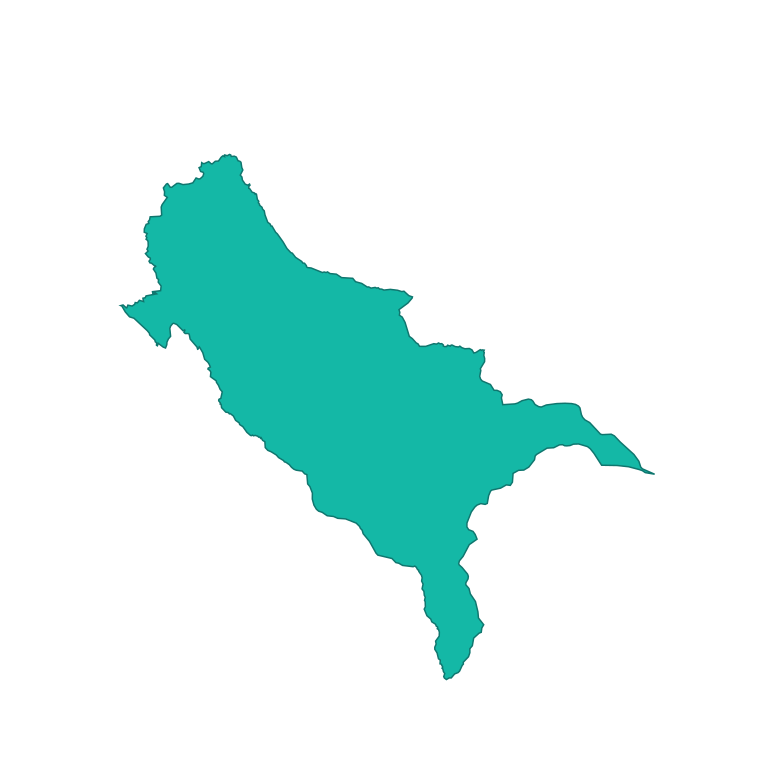 outline of Duitama, Boyacá, Colombia, rotated 148°
{"feature_id": "7082276B48386151421369", "entity_name": "Duitama", "entity_type": "district", "adm_level": 2, "iso_a3": "COL", "parent_name": "Colombia", "parent_adm1": "Boyacá", "projection": "robinson", "projection_center": [-73.056, 5.897], "detail": "fine", "context": "isolated", "style": "filled", "palette": "teal", "viewbox_px": 768, "rotation_deg": 148, "n_neighbors": 0, "source": "geoboundaries", "source_scale": "gbopen_adm2", "svg_char_len": 6170}
<svg xmlns="http://www.w3.org/2000/svg" viewBox="0 0 768 768"><g transform="rotate(148 384 384)"><path d="M488.4,104.2L488.6,102.7L487.7,100.3L484.4,100.2L482.7,99.1L477.8,100.7L474.1,100.0L472.0,100.5L466.8,103.9L465.1,104.4L464.3,106.0L456.9,107.9L453.6,110.6L451.5,114.0L447.8,115.2L442.6,121.0L435.4,122.3L433.1,121.9L430.3,125.3L427.0,127.0L427.9,135.5L425.1,141.0L421.7,151.1L422.0,160.2L420.3,165.5L421.0,170.3L420.0,172.0L416.0,174.2L414.4,176.2L413.9,178.5L415.0,186.9L416.1,190.8L415.8,192.2L413.7,194.1L408.3,195.9L396.8,202.6L387.3,203.1L386.4,208.1L386.6,211.8L389.4,215.6L389.4,218.9L387.3,222.2L377.8,229.2L372.2,231.5L369.2,232.0L365.3,231.3L362.0,228.3L359.7,228.0L354.4,233.9L350.4,236.7L348.7,236.9L340.3,233.9L333.7,233.6L330.6,231.1L327.1,232.7L321.9,239.8L315.7,239.5L311.0,236.9L305.2,236.8L296.5,240.0L294.0,242.8L292.0,243.4L279.7,243.2L273.8,240.0L267.4,239.4L264.7,237.9L263.5,235.9L261.8,234.7L258.8,233.2L255.2,232.6L250.7,230.0L244.6,223.1L243.4,219.9L242.7,214.0L242.5,199.8L229.4,191.3L220.4,184.2L212.8,176.1L210.8,173.6L209.4,170.4L202.3,164.1L209.8,175.1L210.3,177.5L208.8,183.4L209.4,191.8L214.4,209.6L216.1,217.9L217.9,221.0L225.6,225.3L227.0,226.7L230.0,242.2L232.6,247.1L233.2,250.4L232.8,253.5L230.5,259.9L230.8,262.3L232.4,265.2L235.3,268.0L240.8,271.8L247.8,275.8L257.5,280.2L262.8,281.1L264.8,282.8L266.8,286.6L266.8,290.6L267.4,292.6L269.6,294.7L275.8,296.7L280.8,297.0L283.6,297.8L294.2,303.5L291.8,310.0L289.5,312.2L289.5,315.8L291.5,318.7L294.0,320.3L294.0,327.2L299.1,334.5L299.5,336.9L298.8,339.8L294.8,344.1L294.2,345.9L286.9,349.6L285.1,352.3L284.2,355.4L282.3,357.6L282.4,358.7L281.1,359.6L282.8,361.0L283.6,360.9L284.2,362.1L289.3,362.0L291.4,362.7L291.3,366.3L292.8,368.9L296.7,371.0L298.7,373.5L299.6,375.9L301.2,375.9L303.8,378.0L305.5,380.8L306.4,381.4L307.7,381.0L309.5,383.2L311.0,382.6L312.9,383.7L313.6,384.8L313.0,385.6L313.6,387.6L315.1,388.4L316.0,389.9L318.3,390.0L320.4,391.8L328.7,393.8L333.9,397.1L333.9,400.1L334.9,401.7L335.9,407.4L337.3,411.0L333.5,425.1L333.1,431.1L334.5,434.2L332.6,436.4L331.9,439.1L320.7,440.0L314.7,441.9L313.7,442.8L316.1,445.7L317.9,452.1L320.0,453.0L322.8,456.3L328.5,460.9L334.3,463.7L335.6,465.6L337.4,466.9L337.9,468.7L339.3,469.1L340.3,470.6L344.2,472.2L345.5,474.4L346.8,475.1L349.6,481.1L353.9,485.8L354.5,490.2L363.6,496.7L366.2,502.4L371.3,506.3L372.5,509.0L374.0,509.2L375.4,510.7L377.2,511.2L384.3,521.0L387.1,523.2L387.6,524.4L387.1,525.5L387.4,528.5L388.8,529.7L388.8,531.5L391.9,538.3L392.4,543.5L393.4,544.8L394.5,550.3L394.3,558.1L394.9,567.9L395.5,570.0L395.3,577.3L396.1,577.8L395.8,580.1L396.9,582.7L395.3,590.5L393.8,594.3L394.3,596.7L393.8,598.5L394.8,601.5L394.3,602.4L394.5,604.3L393.4,605.3L393.6,607.6L391.6,612.5L391.9,613.4L392.7,613.3L392.8,615.0L394.2,616.5L394.4,621.0L395.0,621.6L394.0,623.2L392.3,623.6L392.1,624.8L394.1,624.8L395.8,627.0L396.0,632.0L394.8,634.8L395.2,637.3L390.3,640.3L389.9,642.9L387.8,647.8L388.2,649.2L389.5,650.8L389.0,654.7L390.2,656.5L393.0,657.9L392.6,659.4L393.3,660.5L396.0,660.7L397.7,662.7L398.3,662.6L398.7,661.3L399.9,662.9L402.0,662.6L406.2,660.8L409.1,662.3L412.9,661.7L413.9,662.4L414.8,665.5L419.1,666.0L420.6,666.8L421.3,668.3L423.8,665.2L426.2,665.5L426.9,661.4L425.2,659.4L425.4,657.9L427.6,656.1L431.1,655.5L432.4,655.9L434.2,658.3L439.5,655.9L443.7,657.1L448.8,659.6L451.6,662.9L453.4,663.9L459.8,663.3L461.0,664.1L461.3,668.6L462.5,668.9L467.2,667.2L468.2,663.3L470.3,660.4L468.9,657.1L477.1,653.7L479.2,652.1L483.0,645.1L485.0,644.9L493.7,649.7L495.9,647.4L497.9,646.7L498.4,644.8L501.1,645.4L505.0,642.6L506.9,639.8L505.1,637.1L507.6,635.5L507.5,633.9L509.1,632.8L508.4,631.1L508.7,629.6L511.0,625.7L513.6,623.9L513.6,621.7L517.2,621.0L516.6,616.8L515.5,614.6L516.1,613.5L518.2,612.7L518.3,610.7L517.1,609.6L516.0,606.0L515.2,605.2L515.3,604.7L517.4,604.5L518.7,603.7L518.6,598.9L520.5,594.1L519.8,592.1L521.5,590.0L521.1,585.2L524.0,581.5L531.4,585.0L532.0,583.5L529.5,582.5L529.0,580.9L539.1,584.8L540.8,583.7L543.0,584.5L544.2,581.3L547.1,584.6L550.1,583.5L551.8,584.9L553.2,583.7L556.3,583.6L559.4,586.6L561.8,584.9L562.2,585.2L563.4,589.3L565.7,590.0L565.0,589.0L565.2,582.1L564.2,575.8L561.2,572.3L556.5,554.7L556.1,551.4L556.7,549.8L555.0,542.8L555.6,540.9L554.9,539.6L556.4,537.4L555.9,536.5L553.9,538.1L551.7,532.3L550.2,530.3L547.4,532.4L545.9,534.5L542.9,536.5L539.7,537.5L536.2,544.6L534.2,546.2L531.2,547.2L530.1,546.9L528.2,544.3L526.2,535.6L524.4,535.5L524.5,534.9L526.3,533.7L525.8,532.1L523.4,530.6L522.8,529.5L524.6,524.8L523.0,514.5L523.6,512.3L522.8,512.2L521.0,513.4L520.9,512.7L521.1,506.6L523.0,500.0L521.8,495.8L521.8,493.2L522.3,490.4L524.7,490.6L525.4,490.0L524.5,487.6L524.6,485.7L527.3,482.2L524.6,475.6L525.2,474.2L525.1,470.6L525.8,466.3L525.3,463.1L530.0,458.3L532.0,458.5L532.7,458.0L533.1,457.2L532.8,454.8L533.6,453.8L532.9,453.1L534.3,450.0L533.1,444.0L531.1,442.2L531.0,440.6L530.0,440.2L528.7,436.7L529.1,431.8L527.4,427.7L527.9,426.1L526.3,422.6L525.9,415.7L524.5,411.2L523.9,410.5L522.5,410.3L522.2,409.3L520.4,408.6L518.7,406.6L518.5,405.4L517.5,404.8L517.4,403.3L516.7,403.5L516.8,400.5L515.6,398.2L518.4,393.0L517.7,389.3L515.6,386.3L512.9,380.8L512.4,377.5L509.8,372.4L509.7,370.7L508.8,369.8L507.0,365.7L506.6,362.4L505.6,359.5L504.1,357.4L499.5,353.5L498.9,349.9L497.4,348.1L501.7,339.7L501.2,336.3L502.5,329.5L505.8,324.4L507.6,318.4L507.7,313.6L506.8,310.8L504.4,307.9L502.0,302.4L497.0,298.4L494.4,294.6L488.1,290.0L481.3,280.8L480.2,276.2L480.5,274.0L480.0,271.6L481.0,268.1L479.7,258.3L480.4,244.8L479.9,242.1L469.7,231.8L468.6,226.3L466.4,224.1L464.4,220.3L456.1,213.6L454.4,213.3L453.7,211.4L453.9,208.7L453.3,207.9L453.8,206.6L453.6,202.0L454.3,199.5L456.5,197.0L456.9,193.6L460.3,190.1L460.0,187.0L461.8,183.5L462.0,181.3L464.3,179.0L464.4,177.6L467.0,173.1L469.2,171.8L470.4,164.7L468.9,159.9L469.5,157.0L467.6,153.0L468.0,150.7L467.3,149.8L467.8,148.4L468.5,148.2L467.9,146.9L468.5,144.3L470.8,140.9L476.5,138.6L477.6,135.8L480.4,133.9L481.5,132.1L481.5,127.8L483.4,122.1L482.6,120.0L484.8,117.0L483.9,116.0L484.2,112.9L485.4,112.2L485.1,111.1L486.0,108.6L485.9,106.3L488.4,104.2Z" fill="#14b8a6" stroke="#0f766e" stroke-width="1.5"/></g></svg>